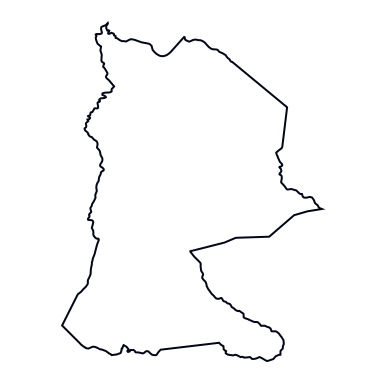 the district of Guinope, El Paraíso, Honduras
{"feature_id": "27666195B48819141488377", "entity_name": "Guinope", "entity_type": "district", "adm_level": 2, "iso_a3": "HND", "parent_name": "Honduras", "parent_adm1": "El Paraíso", "projection": "mercator", "projection_center": [-86.952, 13.873], "detail": "fine", "context": "isolated", "style": "outline", "palette": "ink", "viewbox_px": 384, "rotation_deg": 0, "n_neighbors": 0, "source": "geoboundaries", "source_scale": "gbopen_adm2", "svg_char_len": 5839}
<svg xmlns="http://www.w3.org/2000/svg" viewBox="0 0 384 384"><path d="M184.1,37.0L170.7,52.0L168.4,54.0L166.3,55.3L165.0,55.7L163.7,56.1L161.4,56.1L159.9,55.8L158.4,55.1L156.5,53.9L154.7,52.3L152.7,50.0L151.5,45.7L149.9,44.3L148.9,43.7L141.5,42.3L134.5,39.8L131.3,39.2L129.9,39.5L126.0,41.5L125.1,41.4L124.2,41.1L121.9,41.1L120.0,40.3L117.2,38.3L115.8,38.0L115.5,37.5L115.6,36.1L114.1,35.4L113.9,34.8L114.0,34.1L113.5,33.6L111.4,32.8L109.5,33.8L108.9,33.9L108.4,33.7L108.1,33.3L108.2,32.8L109.0,31.5L109.3,30.7L108.4,30.3L107.7,30.7L107.3,30.6L106.4,28.5L106.2,27.0L106.3,25.9L107.6,24.2L107.9,23.4L107.8,23.0L105.8,25.1L101.9,26.7L101.3,27.2L101.1,27.9L101.1,29.3L101.9,32.5L101.5,33.6L99.6,34.1L96.6,34.0L96.0,34.2L95.7,34.5L95.8,34.9L96.5,36.0L96.3,36.6L95.8,37.2L95.9,39.3L97.3,43.2L97.8,44.0L98.7,44.6L99.9,45.8L100.7,46.1L101.1,46.5L100.4,50.5L101.7,54.5L101.7,55.9L101.4,59.6L101.4,60.7L102.1,61.9L102.9,62.5L103.7,62.9L104.1,63.4L104.1,64.0L103.5,65.2L103.2,66.9L104.2,67.8L105.0,68.9L106.7,71.7L107.5,73.4L107.3,74.3L106.1,76.2L106.0,77.2L106.7,78.3L108.9,80.2L114.1,86.4L113.7,87.0L111.8,88.9L111.6,89.7L111.6,91.4L110.7,92.1L109.1,92.5L105.3,92.6L103.2,93.1L102.5,93.5L102.3,94.2L102.4,94.9L104.9,96.0L105.7,96.7L105.9,97.2L105.4,97.6L104.4,98.0L100.7,98.4L99.6,99.3L99.1,100.0L100.0,101.0L99.8,101.5L99.5,101.8L98.3,102.0L97.5,103.0L98.2,107.1L98.0,107.9L97.6,108.2L97.0,108.4L95.0,108.3L94.4,108.5L92.5,111.9L91.9,112.2L91.1,112.2L90.6,112.6L90.2,115.1L88.0,116.1L88.2,116.5L89.8,117.3L90.1,118.0L89.2,119.2L87.4,119.5L87.5,119.9L88.2,121.2L86.7,122.4L86.0,123.2L85.9,123.9L86.3,125.8L86.2,126.9L86.0,127.3L84.6,128.4L84.7,129.4L85.1,130.4L86.8,131.8L88.0,133.1L88.3,133.7L88.2,134.4L88.5,134.6L89.5,136.1L90.2,136.6L91.8,137.1L94.0,139.6L96.4,141.1L97.2,142.3L97.6,144.1L97.0,147.5L97.4,148.2L99.0,149.8L99.6,150.8L100.1,152.3L100.6,155.1L102.1,157.8L102.4,158.9L102.4,160.1L102.2,161.2L100.4,164.2L100.1,165.0L100.1,165.8L100.6,166.6L102.0,167.3L103.0,168.2L103.6,169.0L103.8,169.6L103.5,170.5L101.5,171.7L101.1,172.2L100.4,174.8L99.2,177.0L98.5,181.3L97.5,182.7L96.6,184.9L96.3,187.5L96.8,191.1L95.3,194.8L95.5,197.8L93.9,201.2L92.2,203.9L91.5,206.4L90.6,207.5L90.4,208.8L91.2,211.9L90.7,212.6L89.7,213.6L89.1,214.5L89.0,214.9L89.5,215.7L89.4,216.6L89.2,217.2L88.3,218.2L87.9,219.2L88.0,219.6L88.5,219.9L91.6,220.2L92.5,220.6L92.9,221.1L93.2,221.9L93.2,222.8L91.8,228.0L93.2,230.6L93.4,232.3L93.3,234.1L93.4,235.0L94.2,236.4L95.5,237.9L96.5,238.6L98.3,238.7L98.7,239.2L98.8,239.9L97.0,244.8L94.5,254.4L92.9,258.4L92.4,261.0L91.9,262.2L91.9,264.2L90.9,268.8L90.6,274.0L89.7,276.5L88.2,279.5L87.8,280.7L87.9,282.9L87.6,284.2L85.9,286.7L82.9,289.6L81.2,291.7L77.8,294.3L62.1,325.5L80.3,343.7L81.0,344.6L82.1,345.3L83.0,346.2L85.5,347.6L85.5,347.9L86.9,348.4L88.5,348.5L89.8,348.0L92.4,346.8L93.6,346.7L94.8,346.9L96.4,347.4L100.1,349.3L101.8,349.5L106.0,351.1L109.2,353.5L110.6,354.1L111.3,354.9L111.7,355.1L116.9,354.4L119.9,353.3L120.6,352.9L120.9,352.4L121.6,350.0L121.5,349.3L121.6,348.8L121.7,348.5L122.3,348.4L123.2,345.7L123.7,345.1L126.6,346.9L128.2,348.8L128.6,349.7L127.5,350.5L127.4,351.0L127.6,351.6L128.0,351.9L128.8,351.8L129.6,351.4L130.0,350.9L130.1,350.2L130.6,349.9L132.0,350.1L133.4,349.9L134.7,350.8L135.3,352.0L135.7,352.3L138.8,352.5L142.8,353.4L143.8,353.1L145.7,351.5L146.5,351.2L147.3,351.2L148.5,351.5L150.6,353.6L151.9,354.6L153.5,355.1L155.2,355.2L156.1,355.1L156.8,354.6L158.1,352.5L160.6,349.7L219.0,342.8L221.3,345.0L223.4,346.1L223.7,349.2L224.8,350.5L225.5,350.7L226.1,351.1L225.7,352.6L225.7,353.1L226.4,353.8L227.8,354.6L232.2,355.3L233.8,355.3L235.0,354.8L235.7,354.8L237.2,355.3L240.6,357.1L242.2,356.8L243.3,357.1L243.9,357.5L246.2,357.5L249.9,357.1L250.9,357.7L251.6,358.7L252.8,359.0L254.9,358.8L256.8,358.3L258.6,357.4L259.9,357.1L262.3,358.4L266.4,360.8L267.2,361.0L268.8,360.6L273.4,359.0L275.4,356.6L276.1,356.0L279.8,354.6L280.4,354.7L280.5,351.0L280.9,350.4L282.7,348.7L283.0,346.0L283.8,344.0L283.5,340.2L281.6,337.1L280.8,336.2L278.9,333.5L276.7,331.7L275.6,331.3L272.5,331.3L271.5,331.2L270.6,328.6L269.3,327.5L267.1,326.8L264.7,325.7L261.1,325.8L259.6,323.9L257.6,322.1L253.9,321.9L248.9,319.7L247.8,319.1L245.8,318.5L244.3,317.9L243.6,316.9L243.6,314.1L243.2,313.4L242.4,313.0L239.4,310.9L238.9,310.8L238.4,311.1L237.5,311.0L235.6,310.0L234.8,309.4L234.4,308.7L231.8,307.1L230.7,305.0L229.9,304.1L228.9,303.6L227.4,303.4L225.8,301.8L223.6,301.2L222.8,300.1L222.1,298.7L221.5,298.1L220.9,298.0L219.2,298.7L218.1,298.8L216.6,298.6L215.5,297.9L213.3,295.2L212.6,294.8L211.8,294.0L208.0,288.7L206.7,286.0L206.4,284.1L205.7,282.2L204.7,280.9L203.3,279.6L202.2,277.9L202.3,276.5L203.0,275.1L203.1,274.3L202.6,273.0L201.4,271.3L201.1,270.3L200.6,266.4L200.7,264.0L200.5,263.1L199.9,262.3L194.1,256.5L190.2,251.5L189.6,251.4L224.4,242.6L235.8,237.8L269.2,236.7L294.1,215.2L307.5,211.3L321.9,209.0L319.5,208.0L318.5,207.0L317.8,205.4L315.2,203.3L313.5,199.4L312.0,197.5L309.9,196.9L306.3,197.7L304.2,197.6L303.3,197.1L302.6,196.2L302.0,194.0L300.5,193.9L299.5,193.6L296.4,190.5L291.3,189.0L288.0,189.5L287.1,189.4L286.6,189.0L284.1,185.6L281.5,182.8L281.1,182.2L281.8,178.3L281.7,176.3L281.3,175.4L279.6,174.5L279.4,174.1L279.8,173.3L281.2,171.7L281.3,170.4L280.9,169.1L279.4,167.2L279.7,166.8L280.6,166.7L281.8,165.9L282.2,165.4L282.3,165.1L281.7,163.7L280.2,162.2L279.6,161.3L277.8,157.1L277.6,156.1L277.0,155.5L276.2,152.8L276.4,152.4L278.5,150.6L281.4,148.4L282.0,147.5L282.3,146.7L287.1,107.3L232.2,61.9L231.4,61.8L230.8,61.4L230.1,60.5L229.5,59.3L227.5,57.8L225.5,55.0L222.1,53.0L219.6,52.0L218.7,51.2L218.0,50.2L217.4,49.8L216.4,49.5L212.4,49.2L210.8,48.5L208.7,46.9L204.7,42.5L203.3,41.5L201.8,40.7L200.2,40.2L197.8,40.1L196.6,39.7L195.1,39.6L193.3,39.9L189.7,41.5L188.7,41.5L185.5,40.0L185.0,39.2L184.7,37.3L184.1,37.0Z" fill="none" stroke="#020617" stroke-width="2"/></svg>